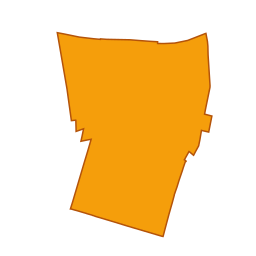 outline of Rast, Dolj, Romania, rotated 187°
{"feature_id": "2599482B92282962106723", "entity_name": "Rast", "entity_type": "district", "adm_level": 2, "iso_a3": "ROU", "parent_name": "Romania", "parent_adm1": "Dolj", "projection": "natural_earth1", "projection_center": [23.283, 43.898], "detail": "fine", "context": "isolated", "style": "filled", "palette": "amber", "viewbox_px": 256, "rotation_deg": 187, "n_neighbors": 0, "source": "geoboundaries", "source_scale": "gbopen_adm2", "svg_char_len": 1415}
<svg xmlns="http://www.w3.org/2000/svg" viewBox="0 0 256 256"><g transform="rotate(187 128 128)"><path d="M175.3,40.6L175.1,40.6L174.8,40.7L174.4,40.7L174.2,40.6L173.5,40.5L170.5,40.0L168.9,39.8L161.8,38.6L159.2,38.2L158.5,38.0L156.0,37.6L154.7,37.4L154.1,37.3L153.8,37.3L153.0,37.1L152.5,36.9L151.9,36.9L149.5,36.3L134.6,33.8L117.1,30.7L81.9,24.8L80.3,24.6L80.0,24.6L79.8,25.9L78.9,32.6L76.8,47.6L75.6,55.3L75.1,58.4L75.0,59.0L73.9,66.8L73.9,67.7L73.7,68.4L72.9,72.2L72.2,75.3L70.9,82.6L68.8,92.6L68.3,95.4L67.0,101.5L66.6,101.7L66.4,101.8L66.3,102.1L66.6,102.4L66.6,102.5L67.5,103.0L68.2,103.3L67.9,103.9L67.2,105.7L65.4,110.1L64.6,112.1L63.8,111.7L62.8,111.0L60.2,109.3L59.8,109.0L59.6,108.9L58.8,111.0L58.0,113.1L55.8,118.6L55.7,118.9L55.2,125.3L54.8,134.6L54.2,134.5L47.4,133.8L46.2,150.1L53.7,151.1L53.3,156.9L51.6,178.2L51.7,179.8L56.1,203.2L57.4,210.2L58.7,219.0L59.7,223.6L62.2,231.4L62.9,231.1L64.9,230.0L79.4,222.2L91.9,218.0L102.6,216.2L108.9,215.5L109.1,217.2L117.1,216.7L127.3,216.2L136.7,215.8L152.2,214.2L160.0,213.4L166.2,213.1L166.2,212.6L173.0,212.4L187.4,212.3L202.3,213.5L209.8,214.0L193.3,159.3L185.1,128.4L184.2,128.6L180.8,129.4L180.7,129.2L179.4,120.5L179.1,118.3L175.0,120.3L172.0,121.8L172.6,114.2L173.1,109.1L165.9,111.5L163.2,112.3L163.4,111.1L164.8,102.4L165.3,99.4L167.2,88.4L169.3,75.8L172.7,55.5L173.9,48.2L175.3,40.6Z" fill="#f59e0b" stroke="#b45309" stroke-width="1.5"/></g></svg>